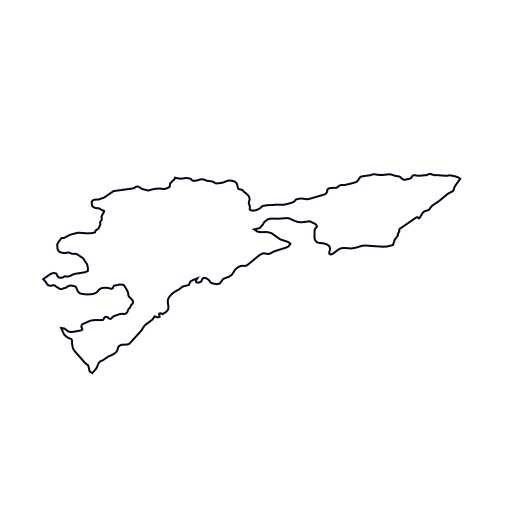 Tak, Equal Earth projection, rotated 261°
{"feature_id": "THA-404", "entity_name": "Tak", "entity_type": "Province", "adm_level": 1, "iso_a3": "THA", "parent_name": "Thailand", "parent_adm1": "", "projection": "equal_earth", "projection_center": [98.786, 16.488], "detail": "fine", "context": "isolated", "style": "outline", "palette": "ink", "viewbox_px": 512, "rotation_deg": 261, "n_neighbors": 0, "source": "natural_earth", "source_scale": "10m", "svg_char_len": 6035}
<svg xmlns="http://www.w3.org/2000/svg" viewBox="0 0 512 512"><g transform="rotate(261 256 256)"><path d="M243.1,194.6L242.0,189.8L241.2,187.5L240.0,186.4L238.0,185.3L237.6,182.8L237.5,180.0L236.8,177.7L235.4,175.5L233.3,170.0L232.0,167.4L229.7,164.5L227.5,162.6L224.9,161.7L218.8,161.5L216.6,160.6L214.9,158.5L213.2,154.7L213.7,154.1L214.4,152.6L214.2,151.3L211.0,151.3L210.7,149.8L211.3,147.9L212.3,146.4L209.5,143.9L205.1,135.6L202.7,133.1L200.7,131.6L190.0,118.4L189.0,116.8L188.7,114.6L189.2,111.1L189.3,109.0L188.5,106.6L187.1,105.4L185.2,104.6L183.5,103.5L181.9,101.2L181.0,98.9L179.7,94.1L177.0,88.5L176.4,86.0L175.3,84.3L174.0,83.3L171.0,81.5L169.2,79.9L166.0,76.0L168.0,73.6L173.3,73.3L174.9,72.7L175.1,72.2L177.0,70.5L190.6,61.9L192.4,61.1L193.6,60.7L198.1,60.6L201.7,61.0L202.3,60.8L202.8,60.6L204.7,57.5L205.9,56.2L208.0,54.5L208.7,54.1L215.4,52.3L214.4,55.3L211.1,58.5L210.1,60.3L209.7,62.9L209.8,69.5L210.0,71.7L210.2,72.5L210.5,72.9L211.5,73.0L213.3,72.4L215.1,73.1L215.8,73.8L217.8,81.4L218.1,84.1L217.8,87.9L216.8,93.7L216.8,94.6L217.0,95.3L218.8,96.5L219.3,97.3L219.4,98.0L219.3,98.7L218.9,99.7L217.2,101.1L216.7,102.1L216.7,102.7L216.9,103.3L218.4,105.2L218.8,106.2L219.9,111.9L219.9,114.6L219.3,116.7L219.4,118.2L219.9,119.1L220.9,120.2L223.4,121.7L224.9,123.6L226.9,124.8L228.4,126.8L229.4,127.3L231.0,127.3L232.0,126.9L235.9,124.1L236.8,123.8L239.1,123.9L240.7,123.7L243.9,122.7L247.9,120.9L248.5,120.1L249.2,116.4L248.9,113.9L249.0,111.5L248.5,110.6L247.2,109.9L246.5,109.3L246.3,108.2L246.5,107.1L247.5,105.2L248.1,102.9L248.4,100.3L248.3,98.2L247.8,96.5L247.3,95.7L245.1,93.1L244.4,91.7L244.2,90.4L244.0,87.6L244.5,82.8L245.8,78.3L246.4,76.8L247.0,75.9L247.7,75.3L249.8,74.2L253.1,73.5L253.7,73.2L254.1,72.9L255.6,69.4L255.9,67.5L255.7,66.3L255.4,65.2L254.4,63.4L254.2,60.8L253.7,59.2L253.7,58.6L254.0,57.4L254.6,56.6L256.8,54.1L258.5,52.4L258.7,51.9L258.9,50.8L258.6,49.0L258.7,48.4L259.3,46.8L259.8,46.0L260.6,45.4L263.6,44.1L266.4,42.2L270.2,49.8L270.8,52.0L270.8,54.2L269.7,56.1L267.2,56.8L265.7,57.7L265.0,59.7L265.0,62.0L265.9,63.8L265.1,66.8L265.4,69.4L266.3,71.9L266.7,74.5L266.7,85.0L267.7,87.7L270.8,88.1L274.2,87.9L279.3,85.5L280.2,85.2L281.1,84.6L285.9,79.3L286.3,78.3L287.0,74.5L288.6,72.0L288.8,71.4L288.8,68.0L289.1,66.0L290.4,63.1L291.0,62.5L292.0,61.7L293.6,61.1L298.3,61.4L300.0,62.5L304.1,66.6L303.9,69.2L304.2,70.5L304.9,72.1L305.7,74.5L306.2,76.8L306.8,83.4L306.6,85.3L306.1,87.2L304.7,93.1L304.2,98.3L304.4,99.8L304.6,100.7L305.9,101.4L306.4,101.9L307.8,104.8L311.2,107.1L313.9,107.4L314.9,108.2L315.6,109.1L316.2,109.4L316.8,109.6L318.9,109.5L320.1,110.2L323.5,112.9L324.3,113.0L325.6,110.9L327.7,108.3L328.2,105.9L328.6,104.8L330.0,102.8L330.7,102.2L331.6,101.9L334.5,102.1L335.5,102.4L336.4,103.4L336.8,105.2L336.8,106.6L336.4,109.3L336.6,111.0L337.0,112.0L337.4,114.9L342.4,125.5L342.0,143.8L342.1,146.2L343.1,148.2L343.2,149.0L343.1,149.9L342.6,151.1L340.0,154.0L337.7,159.4L337.5,160.4L337.9,162.6L338.1,167.1L337.7,171.4L336.5,175.7L336.6,177.5L337.6,181.3L338.0,181.6L340.5,182.3L341.3,182.8L342.6,184.5L344.4,187.3L345.1,187.9L346.0,188.3L344.5,192.3L344.0,194.8L344.0,198.8L343.6,200.8L342.5,203.4L342.0,203.9L340.5,204.9L340.1,205.6L339.9,206.8L339.8,209.1L340.3,212.5L340.3,213.9L339.9,216.0L338.0,219.3L336.5,224.4L335.5,226.0L334.7,226.5L334.0,227.8L333.7,230.2L333.6,232.9L333.8,235.4L334.5,238.3L334.8,240.9L334.4,243.1L333.2,246.1L332.7,246.7L331.3,248.0L330.0,248.5L326.1,248.8L325.2,249.1L324.6,249.9L323.8,252.0L323.3,252.9L320.9,254.4L320.0,255.5L317.0,257.8L315.6,258.4L313.0,258.6L310.8,257.6L309.3,257.1L305.9,257.7L303.1,257.1L302.5,257.4L302.0,258.1L301.2,260.3L301.2,263.0L302.3,267.1L302.7,267.9L304.0,269.5L304.4,271.0L304.4,275.5L303.7,280.9L303.6,283.5L302.4,290.4L302.3,292.7L302.9,298.9L303.3,301.0L304.1,302.8L305.5,304.1L305.7,305.0L305.8,309.3L305.3,311.4L304.8,312.5L304.2,314.7L304.0,316.8L306.0,333.0L306.3,334.0L307.2,335.4L308.4,336.4L310.0,336.6L310.9,337.6L311.4,338.6L311.5,340.8L310.8,345.8L310.9,346.6L312.2,348.9L312.7,350.6L312.8,351.4L312.2,354.4L312.6,360.2L313.2,365.4L313.5,366.6L313.8,367.4L315.2,369.1L316.8,370.4L317.8,371.6L318.1,373.1L317.9,381.2L318.4,384.9L318.3,385.7L317.2,388.8L316.5,391.8L316.2,393.7L315.9,400.1L315.7,401.3L314.8,403.4L313.6,405.5L312.3,409.4L311.8,410.3L311.4,410.9L309.8,412.0L308.5,413.4L308.2,414.1L308.0,415.1L308.3,420.4L308.7,421.3L310.5,422.9L311.0,423.8L311.1,424.4L311.0,425.2L310.0,428.3L309.7,430.0L309.2,437.2L309.8,439.3L309.9,440.7L308.2,444.2L307.8,445.3L307.7,446.9L305.8,454.8L305.3,458.0L305.5,459.3L304.7,462.1L303.5,465.2L302.3,467.6L300.3,469.8L294.9,464.4L292.9,462.8L290.1,461.3L289.3,460.6L289.0,459.9L288.1,456.9L287.0,454.4L281.9,445.9L278.2,438.0L276.7,436.1L274.9,434.5L274.5,433.9L273.9,430.2L273.5,428.8L273.1,428.2L272.8,427.6L268.2,423.8L267.7,422.7L269.1,421.6L269.1,421.0L268.8,419.9L260.5,402.6L259.7,401.6L257.7,401.3L256.0,399.8L255.4,399.5L254.3,399.4L253.5,398.8L250.6,395.7L245.4,393.0L244.9,386.7L245.3,382.8L249.2,365.8L249.5,362.7L248.6,355.6L248.5,351.5L250.0,345.0L250.4,342.0L249.6,338.6L246.2,332.3L245.8,330.0L246.9,328.7L248.4,329.0L251.2,330.3L253.9,330.1L254.9,329.4L256.3,327.9L258.0,324.6L258.8,321.2L259.9,318.4L262.5,316.8L264.7,316.6L272.4,317.9L273.9,318.8L274.6,320.0L275.5,320.8L277.4,320.4L278.5,319.4L281.5,315.2L282.0,313.7L282.0,309.7L282.2,306.1L283.0,302.8L284.6,299.7L288.1,294.4L288.7,291.7L289.3,284.1L290.6,276.7L290.5,273.6L288.3,269.5L285.4,267.1L283.0,264.1L282.6,258.3L279.9,261.2L278.9,263.9L277.9,270.8L276.2,274.8L268.6,282.6L264.8,290.0L262.8,291.9L260.4,289.7L259.6,287.1L257.8,275.0L256.2,270.1L256.0,268.3L257.3,264.7L257.5,263.0L256.5,259.9L248.8,246.7L248.0,244.9L248.0,243.1L248.4,241.3L248.5,239.8L248.2,238.2L247.7,236.5L245.9,233.4L241.5,229.5L239.8,226.3L238.9,221.7L238.3,219.8L234.5,216.0L234.3,213.0L235.3,209.8L236.8,207.0L238.6,206.3L240.7,204.7L242.2,202.6L242.6,200.7L241.6,199.4L239.3,197.8L238.7,195.8L239.0,193.4L240.1,192.6L241.5,193.1L243.1,194.6Z" fill="none" stroke="#020617" stroke-width="2"/></g></svg>